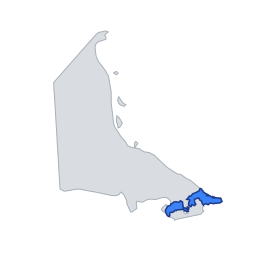 where Ras Al Khaymah sits in United Arab Emirates, rotated 79°
{"feature_id": "ARE-338", "entity_name": "Ras Al Khaymah", "entity_type": "Emirate", "adm_level": 1, "iso_a3": "ARE", "parent_name": "United Arab Emirates", "parent_adm1": "", "projection": "mercator", "projection_center": [56.062, 25.448], "detail": "fine", "context": "in_parent", "style": "filled", "palette": "blue", "viewbox_px": 256, "rotation_deg": 79, "n_neighbors": 0, "source": "natural_earth", "source_scale": "10m", "svg_char_len": 5201}
<svg xmlns="http://www.w3.org/2000/svg" viewBox="0 0 256 256"><g transform="rotate(79 128 128)"><path d="M223.8,69.2L226.5,72.9L226.9,98.1L227.5,99.9L226.1,100.1L224.5,102.0L222.6,105.0L220.0,106.5L217.9,108.2L215.9,110.3L214.1,110.8L211.9,108.1L210.3,105.3L210.7,104.7L211.8,104.5L212.2,103.1L211.5,101.0L210.0,100.3L208.0,100.2L206.2,101.1L204.2,102.9L203.1,104.9L202.9,108.9L203.4,113.3L203.4,115.5L202.3,118.1L201.9,122.1L202.7,125.1L203.4,126.9L203.5,128.5L201.6,133.3L203.2,134.2L208.6,134.6L210.1,137.8L211.2,140.1L210.9,141.4L207.1,142.4L202.4,143.5L199.0,143.2L192.8,144.7L189.6,147.0L190.5,148.4L191.7,149.5L192.2,152.5L191.2,156.7L189.5,160.9L187.3,166.0L184.8,171.9L181.4,180.8L178.5,187.8L178.1,192.8L178.2,196.1L177.9,202.6L175.1,206.2L174.5,206.3L171.2,205.9L170.1,205.7L167.0,205.3L162.1,204.7L155.8,203.8L148.4,202.8L140.1,201.7L131.2,200.6L122.0,199.3L112.8,198.1L103.9,196.9L95.5,195.8L88.1,194.8L81.8,194.0L76.9,193.4L73.8,193.0L72.7,192.8L69.2,192.3L67.3,189.9L65.1,187.0L62.8,184.0L60.5,181.1L58.3,178.2L56.0,175.2L53.7,172.3L51.4,169.3L49.2,166.4L46.9,163.4L44.6,160.5L42.3,157.5L40.1,154.5L37.8,151.6L35.5,148.6L33.3,145.7L31.0,142.7L29.5,140.7L28.6,138.5L28.5,132.6L28.5,131.3L30.0,129.0L30.7,130.7L32.4,133.0L35.3,132.4L36.7,132.8L37.7,140.9L39.8,143.8L42.4,145.0L51.2,145.6L56.7,144.5L67.4,139.2L73.1,137.3L88.7,137.6L101.2,139.8L120.7,141.2L124.5,140.8L135.0,136.6L141.5,132.8L145.3,131.7L147.8,128.1L149.5,123.3L151.0,120.2L152.9,118.8L154.7,116.1L156.1,111.9L159.7,107.5L174.3,97.0L182.7,88.1L183.5,85.2L188.1,80.9L191.8,76.2L209.1,62.6L212.5,57.0L214.6,50.7L214.8,50.3L216.3,50.0L218.4,51.0L218.6,55.7L217.9,60.1L217.8,64.8L217.5,67.3L219.1,69.4L221.8,70.3L223.0,70.2L223.8,69.2ZM223.1,88.2L223.4,86.2L223.0,85.2L221.2,85.0L220.4,86.7L220.2,89.2L221.4,89.4L223.1,88.2ZM125.9,136.3L125.9,137.8L121.7,137.4L120.6,138.2L117.2,137.7L113.8,136.6L116.1,134.8L122.0,132.6L124.5,134.6L125.9,136.3ZM101.3,132.6L98.3,132.8L95.5,131.1L101.3,128.8L102.9,127.8L104.6,125.7L106.0,127.5L104.5,130.4L103.4,131.6L101.3,132.6ZM148.1,124.2L147.8,125.1L146.6,125.0L143.7,124.2L142.7,123.0L144.6,121.4L145.4,121.4L146.5,123.0L148.1,124.2ZM71.8,131.2L71.1,131.6L70.3,129.1L70.4,128.3L72.3,127.2L73.5,129.2L71.8,131.2Z" fill="#d9dde1" stroke="#a8b0b8" stroke-width="1"/><path d="M217.8,49.7L218.2,49.8L218.9,51.5L219.1,52.5L219.0,53.3L218.7,54.7L218.5,58.8L218.3,59.5L217.5,60.6L217.3,61.3L217.5,62.1L218.4,63.4L218.6,63.9L218.3,64.5L217.8,64.9L217.3,65.4L217.3,66.2L217.5,68.3L217.7,68.8L217.8,68.8L217.2,69.2L215.5,69.7L215.0,69.7L214.6,69.7L214.3,69.6L214.2,69.6L213.9,69.8L213.4,70.2L212.4,71.3L212.0,71.5L211.6,71.6L211.3,71.6L211.0,71.6L210.6,71.6L210.3,71.9L210.1,72.2L210.1,72.6L210.3,73.5L210.3,73.9L210.6,75.3L210.7,76.1L210.8,76.3L211.0,76.5L211.4,76.6L211.6,76.6L211.8,76.7L212.0,76.7L213.2,76.6L214.1,76.7L214.4,76.6L214.6,76.5L215.2,76.1L215.3,76.0L215.5,76.0L215.8,76.0L216.0,76.3L216.6,77.0L216.7,77.3L216.8,77.6L216.7,78.0L216.4,78.4L215.4,79.6L215.3,79.8L215.4,80.0L215.5,80.1L215.5,80.3L215.6,80.5L215.8,80.6L216.0,80.6L216.3,80.6L216.6,80.6L216.9,80.7L217.1,81.0L217.1,81.9L217.0,82.3L216.8,82.4L216.6,82.4L216.4,82.5L216.1,82.8L215.8,83.1L215.5,83.2L215.1,83.3L214.7,83.2L212.7,82.6L212.4,82.5L212.2,82.2L211.9,81.8L211.6,81.5L210.7,81.1L210.4,81.2L210.1,81.4L209.9,81.8L209.8,82.8L209.2,84.0L208.5,83.0L207.7,82.0L206.6,80.9L206.5,80.6L206.7,80.2L206.9,79.9L206.9,79.4L206.6,79.0L205.1,77.3L204.8,76.7L204.7,76.3L204.7,76.1L204.7,75.7L204.6,74.9L204.4,74.0L203.3,70.3L203.1,69.9L202.8,69.8L202.4,69.7L202.1,69.6L201.1,68.7L201.6,67.8L202.0,67.5L202.4,67.4L202.9,67.3L203.4,67.0L203.6,66.7L203.8,66.6L205.0,66.3L206.5,65.1L208.7,62.2L209.8,61.2L209.6,61.7L209.3,62.6L208.9,63.4L209.1,63.7L209.4,63.8L209.5,63.6L209.6,62.9L210.0,61.6L210.1,60.8L210.4,60.4L212.1,58.7L212.5,58.2L212.8,57.7L213.0,57.0L213.2,56.2L212.9,56.2L212.8,56.6L212.5,57.0L212.2,57.3L211.8,57.4L212.9,55.6L213.8,53.7L214.5,50.7L214.7,50.3L215.7,50.3L217.8,49.7ZM221.2,84.6L221.2,85.4L221.4,85.8L221.6,86.2L221.2,86.7L220.1,87.3L220.0,88.4L220.0,88.6L219.5,88.8L218.4,88.9L218.1,89.1L218.1,89.4L218.3,90.3L218.3,90.8L218.3,91.3L217.8,94.2L217.8,94.8L217.9,95.2L218.0,95.5L218.1,95.8L218.3,96.5L217.8,96.7L217.8,97.0L217.8,97.3L218.6,98.6L219.2,99.9L219.3,100.4L219.3,100.8L219.2,101.1L219.0,101.5L219.0,102.4L219.2,102.9L219.5,103.3L219.9,103.4L222.0,103.7L222.7,104.2L222.8,104.7L221.5,106.1L220.7,106.4L219.2,106.6L218.6,106.9L215.9,107.1L213.6,105.0L212.5,104.3L212.2,102.2L211.7,100.9L210.6,100.2L210.5,99.7L210.3,98.8L209.6,97.4L209.4,96.9L209.4,96.2L209.4,95.7L209.5,95.1L210.4,92.9L210.6,92.5L210.6,92.3L210.5,92.0L210.3,91.6L209.7,91.1L209.6,90.8L209.5,90.6L209.5,90.4L209.9,89.7L210.5,89.3L210.9,88.6L212.5,88.7L213.1,88.9L213.6,88.9L214.0,88.8L214.4,88.7L214.8,88.7L216.0,89.0L216.4,88.9L216.7,88.8L216.8,88.6L216.9,88.4L217.1,88.3L217.3,88.1L217.3,87.9L217.3,87.7L217.4,87.2L217.5,86.8L218.2,86.4L218.5,86.1L218.7,85.9L218.9,85.5L218.9,85.4L218.3,85.4L218.1,85.4L217.9,85.3L217.8,85.2L217.6,84.9L217.4,84.9L217.2,84.8L216.9,84.9L216.9,84.6L217.4,84.0L217.7,83.7L218.1,83.6L219.5,84.0L219.7,84.3L219.6,84.6L220.0,84.9L221.2,84.6Z" fill="#3b82f6" stroke="#1e3a8a" stroke-width="1.5"/></g></svg>